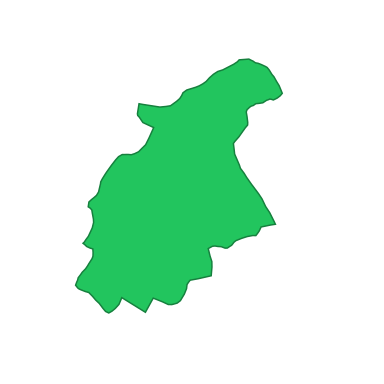 Makhmour, Arbil, Iraq, rotated 25°
{"feature_id": "34846034B86944625469149", "entity_name": "Makhmour", "entity_type": "district", "adm_level": 2, "iso_a3": "IRQ", "parent_name": "Iraq", "parent_adm1": "Arbil", "projection": "mercator", "projection_center": [43.61, 35.824], "detail": "fine", "context": "isolated", "style": "filled", "palette": "green", "viewbox_px": 384, "rotation_deg": 25, "n_neighbors": 0, "source": "geoboundaries", "source_scale": "gbopen_adm2", "svg_char_len": 2451}
<svg xmlns="http://www.w3.org/2000/svg" viewBox="0 0 384 384"><g transform="rotate(25 192 192)"><path d="M106.7,134.4L109.5,144.2L110.5,145.6L112.5,146.4L116.3,148.7L118.2,149.8L130.0,149.8L130.1,152.0L130.2,161.2L130.0,168.8L128.3,173.3L126.6,178.1L123.8,181.5L121.2,183.9L118.2,185.0L112.9,187.6L110.5,191.0L109.2,195.3L107.7,201.9L106.2,210.0L105.8,212.7L105.2,217.7L105.1,219.4L105.0,221.4L105.6,223.2L107.3,231.4L106.9,235.4L105.4,238.8L104.1,241.4L102.8,244.6L104.2,249.3L106.4,249.6L108.8,250.6L110.6,253.3L114.1,258.2L115.7,261.2L116.8,266.8L116.8,269.7L116.8,274.0L116.8,276.0L116.0,279.9L115.5,283.2L114.9,284.5L117.6,285.2L119.5,285.9L120.0,285.9L123.2,285.9L126.2,285.5L128.0,288.8L129.4,292.1L129.6,294.7L128.8,300.7L128.6,303.0L128.0,306.6L126.4,311.2L125.9,314.2L125.1,317.8L125.6,320.4L125.6,322.4L125.9,325.7L129.1,327.3L130.5,327.6L132.3,327.6L137.4,327.3L140.9,326.7L146.0,328.6L150.3,330.6L155.1,332.2L160.7,335.2L164.2,336.8L167.7,336.8L169.8,333.9L171.7,329.9L173.3,324.7L173.0,317.4L200.6,320.7L201.7,304.6L206.0,304.3L211.6,304.0L218.0,304.0L221.2,302.6L221.5,302.4L225.5,299.0L227.4,295.4L228.2,287.8L227.9,281.9L226.6,278.0L227.1,274.7L227.6,272.7L234.1,268.1L244.8,259.8L241.8,251.6L239.4,246.7L235.4,242.4L230.6,236.4L233.5,232.5L235.7,231.2L238.3,230.5L241.6,229.2L245.6,228.9L247.7,227.9L249.3,225.2L250.4,223.6L250.9,221.6L251.2,220.0L252.3,217.6L256.6,213.0L260.8,209.1L265.4,205.8L268.3,204.5L268.9,201.8L269.4,198.8L269.4,194.5L276.9,188.9L281.2,186.0L279.1,184.2L271.3,178.0L264.8,174.0L258.4,168.7L253.0,165.4L242.7,159.9L235.2,155.6L231.3,153.0L225.9,150.1L223.7,147.7L218.1,142.7L214.6,139.6L212.3,135.8L209.0,130.5L209.4,128.3L211.2,122.1L211.8,118.7L213.1,111.6L214.1,107.8L213.1,105.4L210.0,100.4L207.3,96.5L207.1,93.9L207.7,92.7L208.3,91.0L209.4,89.1L211.0,87.7L212.5,85.0L215.2,83.4L218.5,81.2L220.8,77.4L222.6,75.7L223.0,75.0L224.5,74.5L226.8,74.2L228.0,72.8L229.5,70.9L231.3,67.5L232.1,64.4L228.0,60.6L225.9,58.7L221.8,56.0L217.5,52.9L214.8,51.7L210.4,48.8L207.5,47.4L205.6,47.2L203.4,47.2L201.1,47.2L197.6,47.4L194.9,48.1L193.6,47.9L192.2,47.6L190.1,47.6L187.4,47.5L178.9,52.3L178.4,53.9L178.1,54.8L175.8,58.6L168.3,68.3L164.4,71.9L161.7,76.2L159.6,81.0L158.1,85.9L156.1,89.4L153.8,92.6L151.2,95.4L148.0,98.3L144.2,101.7L141.9,105.8L141.9,109.0L141.4,112.5L139.7,116.4L136.1,122.9L132.4,125.4L127.0,128.6L122.5,129.9L110.5,133.4L106.7,134.4Z" fill="#22c55e" stroke="#15803d" stroke-width="1.5"/></g></svg>